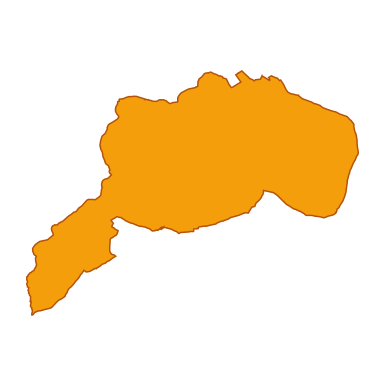 Sura Mare, Sibiu, Romania (Equal Earth projection), rotated 179°
{"feature_id": "2599482B88459780268124", "entity_name": "Sura Mare", "entity_type": "district", "adm_level": 2, "iso_a3": "ROU", "parent_name": "Romania", "parent_adm1": "Sibiu", "projection": "equal_earth", "projection_center": [24.193, 45.89], "detail": "fine", "context": "isolated", "style": "filled", "palette": "amber", "viewbox_px": 384, "rotation_deg": 179, "n_neighbors": 0, "source": "geoboundaries", "source_scale": "gbopen_adm2", "svg_char_len": 5991}
<svg xmlns="http://www.w3.org/2000/svg" viewBox="0 0 384 384"><g transform="rotate(179 192 192)"><path d="M331.4,151.5L336.8,147.1L337.9,146.6L344.8,145.3L346.4,144.4L349.3,142.3L350.2,141.4L352.1,138.7L352.4,137.5L352.1,136.0L352.2,135.2L351.4,133.5L351.4,132.9L350.6,131.8L349.2,130.9L348.8,130.1L349.7,128.7L349.3,124.7L348.7,122.5L348.8,121.7L349.6,119.6L350.8,117.8L351.5,116.2L353.1,115.5L354.4,114.2L355.5,113.9L357.1,111.9L357.5,111.7L357.6,110.9L357.8,110.5L358.7,110.0L358.6,109.2L358.8,107.8L358.5,106.4L358.1,105.8L358.0,105.0L358.9,103.1L358.8,102.3L358.3,101.5L358.3,101.1L358.2,100.7L358.2,100.0L356.9,99.2L357.2,97.7L357.7,96.7L357.0,95.5L357.2,95.2L357.0,94.6L357.2,93.8L356.3,92.8L356.3,91.7L355.2,90.3L355.4,86.3L355.7,85.9L355.0,85.6L355.4,85.3L355.5,85.0L354.8,84.1L355.5,81.2L355.3,80.2L354.3,78.8L354.2,78.0L353.8,76.9L353.7,75.4L353.9,74.3L354.2,73.7L354.3,72.8L354.2,71.8L353.5,71.9L352.7,72.5L351.6,74.2L348.0,75.7L345.5,75.9L342.7,76.7L335.5,78.4L334.3,79.0L328.4,85.1L326.7,86.4L325.5,86.8L321.9,89.0L320.6,90.2L320.3,91.5L319.0,93.0L317.4,96.7L316.2,98.0L314.3,99.5L311.8,102.2L310.0,104.7L307.9,106.7L306.5,108.4L304.7,111.5L303.6,112.4L301.4,115.6L299.4,114.0L298.9,113.9L296.0,114.3L294.7,114.8L291.5,116.6L289.7,117.3L289.1,117.0L288.4,117.7L286.5,118.7L284.5,120.0L283.4,121.2L279.6,122.5L278.3,123.8L276.0,124.7L272.5,127.3L269.4,129.1L270.9,130.4L273.3,131.1L274.2,132.1L275.1,133.7L275.3,135.2L275.3,137.9L274.7,144.7L274.8,145.4L274.6,146.1L273.7,147.2L272.0,147.9L270.5,149.2L268.9,149.9L268.3,150.4L267.8,151.1L266.7,153.9L266.6,154.6L266.8,154.9L267.7,155.1L269.7,156.5L270.2,156.6L270.5,157.3L272.7,158.5L272.7,159.0L272.4,160.0L271.2,162.1L272.7,164.0L273.4,165.2L267.3,168.7L265.3,167.9L263.1,167.6L262.5,166.9L261.1,166.1L258.8,164.4L255.1,162.6L253.2,161.8L251.4,161.5L249.8,160.6L244.8,158.6L243.4,158.6L239.3,157.7L237.0,156.6L235.0,155.9L232.9,154.1L232.1,153.7L229.4,154.0L228.5,154.6L228.1,154.4L228.0,154.5L227.3,154.3L226.6,154.4L226.5,154.9L224.7,155.3L224.8,155.6L223.9,155.3L224.0,155.7L224.2,155.9L223.5,156.4L223.8,156.8L222.8,157.4L222.4,157.2L222.9,156.6L222.5,155.8L222.0,156.0L221.9,156.9L222.1,157.2L221.3,157.6L221.5,157.2L221.2,157.1L221.2,156.7L220.4,157.0L219.3,156.9L213.1,155.1L210.7,153.7L208.0,152.6L206.0,150.8L205.1,151.0L204.3,151.7L195.1,152.2L194.2,152.6L191.6,152.4L191.0,152.8L191.0,154.4L190.7,155.1L187.9,155.1L186.4,155.3L186.3,155.5L186.3,156.4L185.8,156.9L179.9,157.7L178.5,157.5L173.9,158.6L168.7,159.6L167.5,160.5L166.0,161.2L162.9,162.3L160.8,162.5L160.3,163.0L156.5,164.2L154.8,165.1L154.4,165.6L145.6,167.9L140.3,170.0L137.9,170.3L136.2,169.9L135.6,170.5L134.9,172.3L133.9,173.2L133.7,173.9L132.6,175.5L131.9,176.0L130.9,176.1L129.3,176.7L129.0,178.0L128.7,178.4L128.6,178.9L128.2,179.7L125.0,182.6L123.2,184.7L122.1,186.9L121.1,188.3L120.4,191.3L120.4,192.3L110.7,190.0L106.9,187.3L97.8,178.0L94.1,175.8L90.6,173.3L88.6,172.8L84.5,170.7L84.1,170.9L81.8,169.2L80.4,168.5L79.1,167.2L78.0,166.6L72.5,166.5L69.4,165.7L64.4,165.0L60.6,163.9L57.1,165.1L56.6,165.4L52.5,166.3L50.3,167.1L48.6,168.5L48.9,168.7L47.8,169.8L47.6,170.4L47.5,171.6L47.1,172.4L45.3,173.8L44.4,175.8L41.3,180.4L39.4,185.0L38.2,188.9L36.5,199.5L36.8,200.3L36.2,201.6L34.9,206.6L34.1,208.2L33.9,210.0L32.0,213.8L31.0,216.3L29.4,219.5L28.3,221.2L26.6,225.1L25.8,226.1L25.3,227.2L25.1,228.5L25.2,230.1L25.7,232.9L26.1,237.4L26.1,241.1L26.8,245.9L27.3,247.8L28.2,249.5L28.8,253.1L29.1,254.7L28.9,255.9L29.2,257.3L31.8,260.8L32.8,261.5L35.6,264.7L42.7,267.3L46.7,269.5L50.8,270.6L58.3,273.4L60.3,274.3L62.4,276.3L66.3,277.8L68.6,278.4L70.6,279.7L80.0,283.3L83.4,286.1L83.9,287.0L84.9,286.9L89.6,288.2L90.7,288.3L91.9,288.8L94.2,290.0L96.0,292.4L98.5,297.7L101.4,302.4L101.6,302.4L102.4,301.8L104.8,304.4L107.9,305.4L110.5,306.8L113.4,305.2L112.8,304.4L112.3,303.1L112.4,302.2L112.8,302.1L114.4,303.4L119.6,306.6L119.9,307.1L121.6,303.6L126.6,303.1L127.9,302.0L129.7,303.4L132.3,304.3L133.4,305.7L137.7,309.8L140.0,312.2L143.9,310.0L143.7,309.8L146.2,308.4L141.2,301.1L150.3,295.7L150.7,295.8L151.2,296.2L153.4,299.4L155.4,303.9L156.2,304.8L158.9,305.3L159.2,306.3L159.7,306.8L161.9,307.7L162.9,307.5L165.0,308.8L166.6,309.5L167.8,309.7L168.4,310.2L169.7,310.7L171.1,311.6L173.5,310.8L175.2,310.8L177.0,310.4L177.9,309.8L180.0,307.1L183.1,304.7L183.3,303.6L184.1,302.5L184.2,299.9L184.5,297.5L185.9,296.9L186.1,297.0L186.9,296.3L193.7,295.0L200.4,291.7L202.0,290.5L204.0,287.8L204.6,286.2L204.7,282.3L209.9,281.7L212.0,280.8L212.4,280.8L213.5,281.3L215.4,282.8L216.4,283.8L217.4,284.0L218.7,284.7L223.2,284.7L225.5,283.3L228.4,283.3L230.5,283.7L230.9,284.1L233.4,284.6L233.9,285.1L234.5,284.9L236.7,285.5L237.2,285.1L237.4,285.5L237.9,285.6L237.8,285.9L246.0,288.6L248.6,288.7L251.2,288.4L253.3,288.5L255.6,287.9L259.5,286.4L263.0,286.1L263.2,285.7L263.2,284.0L264.3,283.9L264.7,283.6L264.8,282.9L264.7,282.3L265.0,281.7L264.9,281.3L266.5,278.7L267.1,276.4L267.0,273.8L265.5,270.9L264.1,269.3L264.0,267.9L265.7,266.0L269.6,263.5L273.7,261.3L274.7,260.2L275.7,257.9L275.6,256.6L275.8,256.0L277.8,252.1L280.5,249.8L281.2,248.7L282.4,245.0L283.1,241.1L283.2,239.5L282.6,238.8L282.8,238.2L282.5,236.5L281.0,233.5L280.4,228.9L279.1,225.9L278.0,222.3L277.2,221.2L276.0,220.5L275.0,219.6L274.6,217.9L274.1,217.1L274.2,216.5L273.6,215.5L274.3,214.6L274.4,213.5L273.7,211.9L273.0,211.5L272.3,210.5L275.3,207.6L276.3,206.9L277.2,206.9L277.9,206.5L279.3,206.2L281.0,204.9L281.7,203.6L281.6,203.3L282.0,202.5L282.3,200.8L282.2,199.2L281.9,198.6L281.5,198.4L282.4,196.3L282.7,193.8L282.9,193.2L283.1,191.0L284.0,189.4L288.7,186.1L289.5,186.0L291.8,186.3L295.9,186.3L297.4,185.5L302.2,180.2L305.5,177.9L306.9,176.2L307.3,175.4L308.2,174.6L309.2,174.1L310.8,173.8L311.6,172.9L314.1,171.1L315.1,170.7L321.4,165.3L323.0,164.4L324.2,164.1L324.5,163.4L325.9,163.1L327.0,161.6L328.8,161.4L330.0,161.6L330.9,160.9L332.0,160.5L332.6,159.6L333.1,158.3L333.1,157.2L332.8,155.6L331.8,153.4L331.4,151.5Z" fill="#f59e0b" stroke="#b45309" stroke-width="1.5"/></g></svg>